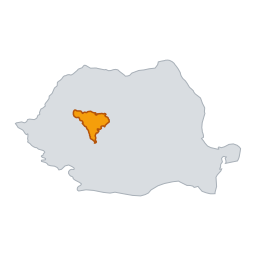 Romania, with Alba highlighted
{"feature_id": "ROU-294", "entity_name": "Alba", "entity_type": "County", "adm_level": 1, "iso_a3": "ROU", "parent_name": "Romania", "parent_adm1": "", "projection": "robinson", "projection_center": [23.52, 46.007], "detail": "fine", "context": "in_parent", "style": "filled", "palette": "amber", "viewbox_px": 256, "rotation_deg": 0, "n_neighbors": 0, "source": "natural_earth", "source_scale": "10m", "svg_char_len": 5784}
<svg xmlns="http://www.w3.org/2000/svg" viewBox="0 0 256 256"><path d="M204.9,143.0L207.5,146.0L210.7,147.6L218.1,149.3L218.8,149.1L218.8,148.8L218.3,148.4L218.2,147.8L218.6,147.1L219.6,147.1L221.3,147.7L224.4,146.8L229.0,144.4L233.3,143.9L237.2,145.3L239.3,147.0L240.6,148.6L240.3,150.5L240.1,151.8L239.2,156.8L238.6,158.7L237.5,160.9L225.4,163.4L226.1,162.2L225.8,160.1L225.2,158.4L226.3,157.0L223.6,156.4L222.4,157.2L221.5,158.6L222.4,161.9L221.1,163.7L220.6,164.7L220.6,167.1L219.9,168.1L219.7,169.2L221.7,168.9L220.8,171.0L217.3,174.9L216.0,177.2L216.6,186.5L215.1,192.1L215.0,193.7L211.1,193.8L209.9,193.7L206.2,192.8L202.1,191.3L199.6,188.5L198.0,186.4L194.5,187.4L193.8,187.1L192.8,186.1L190.2,185.5L186.9,185.4L179.5,181.7L178.7,181.1L173.0,181.7L164.4,183.5L157.9,185.8L151.1,189.9L148.4,193.0L145.2,194.6L140.7,195.9L132.6,195.4L124.1,193.9L115.0,192.2L110.1,193.1L103.5,192.4L93.5,190.4L86.0,189.8L78.7,191.0L77.4,190.1L77.2,189.1L77.5,187.6L78.5,186.4L80.3,185.5L81.2,184.6L81.3,183.7L79.3,182.3L75.2,180.2L73.6,179.0L73.2,178.6L73.1,177.5L72.2,176.6L70.6,176.0L69.4,174.8L68.5,173.1L68.7,171.4L70.0,169.9L71.6,169.3L73.5,169.5L74.3,169.0L74.0,168.0L72.1,166.6L68.7,165.0L65.1,165.9L61.5,169.3L58.9,169.9L57.4,167.6L54.6,166.2L50.5,165.7L48.0,164.9L47.1,163.5L45.4,162.5L41.5,161.4L41.4,160.3L42.1,160.1L43.5,160.0L45.3,159.8L45.6,159.2L45.6,158.6L44.2,157.9L42.7,157.5L41.9,157.0L41.4,156.5L41.4,156.0L41.8,155.6L42.4,155.6L43.0,155.2L43.3,154.0L44.1,153.0L44.7,152.6L44.7,151.9L44.1,151.2L43.3,150.5L42.1,150.2L38.4,149.1L36.6,147.6L35.4,147.6L33.6,146.8L31.7,145.5L30.0,143.6L28.2,142.4L27.7,142.0L27.7,141.5L28.0,141.0L28.0,140.4L27.6,138.6L27.9,136.7L27.9,134.9L27.9,134.1L27.5,133.9L27.2,134.2L26.7,134.5L26.3,134.6L25.0,133.3L23.3,130.6L22.2,129.7L19.9,128.5L18.1,127.5L16.7,125.3L15.4,123.6L16.3,122.9L21.7,121.9L24.2,122.8L25.3,122.5L26.4,121.7L27.0,121.0L27.2,120.4L27.7,119.5L29.5,119.1L34.3,119.6L36.3,118.5L37.0,117.8L37.5,116.4L38.0,115.2L39.7,114.6L39.7,113.6L39.5,112.5L40.5,109.9L41.1,108.9L42.1,108.5L43.3,107.7L45.3,106.0L44.9,104.6L45.3,103.5L47.4,100.9L49.1,98.4L49.1,97.1L49.3,96.0L50.7,94.8L52.2,93.3L54.3,88.4L55.0,87.5L56.3,86.6L57.2,85.7L57.4,82.5L58.3,81.5L60.0,80.5L61.8,78.8L63.2,76.8L64.3,75.9L65.7,75.7L67.2,74.9L69.0,74.6L70.7,75.0L71.7,74.8L73.3,73.8L77.5,70.2L78.0,69.4L78.9,68.9L82.2,67.7L83.1,66.4L84.2,65.3L85.7,65.4L90.5,68.2L95.7,68.0L96.6,68.1L96.9,68.2L97.5,68.4L104.4,69.8L105.5,69.6L105.8,69.5L108.5,70.7L111.0,70.5L113.3,69.7L115.7,69.4L117.9,69.9L119.6,71.5L124.1,74.9L125.4,76.2L127.4,76.0L129.6,75.4L131.8,73.1L138.7,70.5L144.0,69.9L149.1,68.8L155.1,68.1L156.7,66.0L157.7,64.6L158.3,61.9L161.5,61.1L164.5,60.6L165.6,60.2L167.8,60.1L169.6,60.4L172.2,61.7L174.1,63.3L174.9,64.6L176.5,66.5L178.3,69.1L180.2,72.5L180.6,74.3L181.3,76.2L182.8,78.5L185.5,81.0L185.8,81.5L187.1,83.3L189.5,87.3L191.4,88.9L193.2,90.6L194.0,92.4L195.3,94.0L198.1,96.1L200.5,98.0L202.5,103.5L203.8,106.0L204.7,107.9L204.4,111.8L204.9,113.5L204.0,116.5L202.2,122.7L201.8,127.6L202.2,130.2L202.3,131.9L202.8,133.0L203.4,135.2L203.5,137.2L202.8,137.7L201.9,138.2L201.5,138.6L202.4,139.5L203.7,141.1L204.9,143.0Z" fill="#d9dde1" stroke="#a8b0b8" stroke-width="1"/><path d="M76.4,117.6L76.2,117.6L75.0,116.9L73.9,115.9L73.4,114.3L73.4,112.6L73.5,111.9L73.8,111.1L74.1,110.6L74.4,110.3L74.7,110.1L75.0,110.1L75.3,110.1L75.6,110.1L75.8,110.2L76.2,110.4L76.9,110.9L80.2,111.0L80.7,111.1L81.1,111.3L81.3,111.7L81.4,111.9L81.6,112.1L81.9,112.3L82.1,112.4L82.2,112.6L82.3,112.9L82.3,113.1L82.5,113.3L82.8,113.3L83.1,113.0L83.3,112.8L84.2,112.3L84.5,112.2L84.9,112.2L86.0,112.5L86.4,112.6L86.7,112.5L86.9,112.4L87.1,112.2L88.0,111.6L90.4,111.3L90.8,111.3L91.1,111.5L92.4,112.3L93.6,112.7L94.1,112.8L94.5,112.8L95.3,112.8L95.6,112.9L95.7,113.0L95.7,113.3L95.5,113.6L95.4,113.8L95.2,114.0L95.3,114.3L95.4,114.6L95.9,114.9L96.3,115.0L96.7,115.0L96.8,114.9L96.9,114.7L96.8,114.3L96.8,114.1L97.2,113.9L98.3,113.9L98.6,113.9L99.0,113.7L100.3,113.7L100.7,113.6L101.5,113.5L102.0,113.5L103.5,113.9L103.8,113.9L104.2,113.8L104.4,113.5L105.1,113.6L105.5,113.8L105.7,114.0L105.8,114.2L105.9,114.4L105.8,114.7L105.6,114.9L105.3,115.1L105.1,115.3L105.0,115.7L105.1,115.9L105.8,116.6L106.1,116.7L107.4,117.2L107.9,117.6L108.1,118.0L108.3,118.9L108.5,119.2L108.7,119.4L109.0,119.6L109.2,121.5L109.2,121.8L109.0,122.1L108.8,122.3L108.3,122.6L108.0,122.9L107.4,123.3L105.5,125.1L105.2,125.5L105.0,125.9L104.9,126.5L104.7,126.7L104.4,126.7L104.2,126.5L103.8,126.2L103.6,126.0L103.4,125.9L103.1,125.9L101.5,126.2L101.2,126.4L101.0,126.7L101.0,127.2L101.1,127.5L101.3,127.7L101.4,128.0L101.3,128.4L100.9,128.7L100.6,129.0L100.3,129.2L100.0,129.2L99.8,129.2L99.6,129.2L99.4,129.2L99.0,129.3L98.8,129.3L98.6,129.2L98.4,129.0L98.2,128.9L97.9,128.9L97.7,128.9L97.5,129.0L97.4,129.1L97.5,130.1L97.7,130.3L97.9,130.4L98.5,130.5L98.8,130.6L98.9,130.8L98.9,131.0L98.1,132.1L97.8,132.7L97.6,132.8L97.2,133.0L96.9,132.9L96.7,132.9L96.5,133.0L96.3,133.1L96.2,133.3L96.0,133.5L95.9,133.8L95.3,135.3L95.2,135.8L95.4,136.6L95.6,137.0L95.7,137.5L95.8,138.0L95.6,138.9L95.4,139.4L95.3,139.9L95.6,140.5L96.2,141.4L96.3,141.8L96.3,142.1L95.6,142.9L94.6,143.0L94.7,142.1L94.6,141.8L94.6,141.6L94.4,141.4L93.2,140.4L92.7,139.9L92.3,139.6L91.4,139.2L90.8,138.8L90.5,138.5L90.3,138.0L90.2,137.7L90.2,137.4L90.2,137.2L90.3,137.0L90.4,136.8L90.3,136.5L89.8,136.0L89.7,135.8L89.6,135.5L89.7,135.0L89.6,134.5L89.4,133.9L88.9,132.7L88.3,130.4L88.1,130.1L87.4,129.4L87.0,128.9L86.1,126.8L85.9,126.6L85.4,126.5L84.8,126.3L82.6,123.7L82.4,123.4L82.3,123.2L82.5,123.0L82.8,123.0L83.0,123.1L83.0,122.7L82.7,121.8L82.4,121.3L82.1,121.0L81.8,120.8L81.5,120.7L80.5,120.6L80.2,120.5L80.0,120.3L79.6,119.0L79.2,118.2L79.0,117.7L78.8,117.5L78.5,117.4L76.4,117.6Z" fill="#f59e0b" stroke="#b45309" stroke-width="1.5"/></svg>